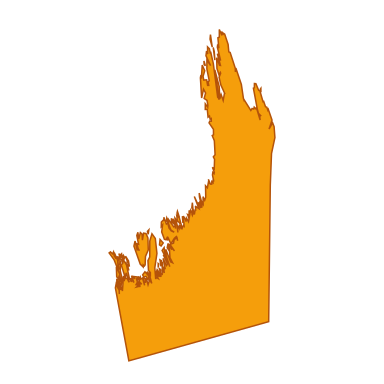 an SVG outline of Qaasuitsup Kommunia, rotated 80°
{"feature_id": "GRL-2743", "entity_name": "Qaasuitsup Kommunia", "entity_type": "state/province", "adm_level": 1, "iso_a3": "GRL", "parent_name": "Greenland", "parent_adm1": "", "projection": "natural_earth1", "projection_center": [-56.716, 74.362], "detail": "fine", "context": "isolated", "style": "filled", "palette": "amber", "viewbox_px": 384, "rotation_deg": 80, "n_neighbors": 0, "source": "natural_earth", "source_scale": "10m", "svg_char_len": 6121}
<svg xmlns="http://www.w3.org/2000/svg" viewBox="0 0 384 384"><g transform="rotate(80 192 192)"><path d="M86.3,157.0L85.4,155.7L73.4,156.0L64.6,154.4L70.8,151.7L60.3,154.6L55.7,153.2L58.9,152.6L51.8,151.5L53.9,150.0L59.0,149.9L57.0,149.3L69.1,148.7L103.7,150.3L102.8,150.0L105.8,149.2L75.7,148.3L93.0,146.9L105.3,148.5L101.0,146.4L107.3,145.4L100.7,143.0L101.3,142.5L91.6,145.0L83.7,145.4L80.1,143.2L79.2,143.3L81.1,145.1L74.7,146.0L64.0,144.4L72.0,142.9L72.3,142.0L60.2,143.0L67.6,141.0L53.8,141.9L52.5,141.5L55.0,140.6L44.6,139.7L44.2,138.2L36.7,136.9L43.0,135.3L39.1,135.0L41.8,133.8L41.2,133.4L42.2,132.4L52.9,130.8L60.4,131.4L61.2,130.2L77.6,127.9L81.3,128.4L77.5,127.3L94.6,124.7L108.5,125.1L111.9,124.7L110.6,124.5L121.9,119.9L120.2,118.3L121.0,116.8L119.2,116.0L121.1,114.7L120.3,113.9L133.0,112.4L129.2,112.2L128.7,111.1L126.0,112.9L121.5,113.3L100.4,113.5L100.2,112.5L96.0,111.7L96.4,110.3L103.5,108.7L103.9,107.6L116.2,106.3L114.5,105.8L120.8,104.8L121.5,103.6L124.6,103.1L123.8,102.5L135.1,100.7L143.4,105.2L137.9,100.6L141.9,99.8L152.8,100.9L167.9,107.0L198.8,113.7L333.0,139.0L347.3,283.5L273.1,284.1L269.4,282.7L272.4,282.1L276.0,280.8L279.9,281.3L275.9,280.7L267.8,282.4L269.0,281.9L264.3,281.1L267.8,281.0L276.1,279.2L270.2,278.2L269.1,279.0L271.8,279.1L265.9,280.4L263.6,278.6L268.0,278.6L267.3,277.2L261.3,277.9L264.1,279.5L262.5,280.9L252.6,279.5L260.9,277.3L245.2,280.5L237.6,284.2L236.8,282.7L239.1,281.0L237.4,279.7L242.1,279.8L239.7,278.7L240.9,278.4L241.6,279.3L243.1,279.3L242.0,279.0L244.6,278.6L241.6,278.2L246.4,277.2L242.2,276.6L254.1,278.0L255.8,277.3L247.9,277.1L243.3,275.1L243.8,274.3L239.9,274.7L241.6,274.2L243.8,274.0L251.4,275.9L247.3,274.4L257.2,276.3L265.2,275.9L272.7,278.3L277.4,277.7L262.7,274.0L268.1,274.2L263.3,273.2L265.8,272.6L265.6,270.9L270.0,269.7L269.1,269.6L260.2,270.9L265.0,272.6L251.3,274.3L250.5,272.7L245.7,273.1L249.6,271.8L241.2,273.0L240.6,272.1L244.0,272.3L251.8,269.5L249.2,269.3L265.7,268.7L267.0,268.4L266.5,266.7L268.9,267.9L269.5,267.0L267.4,266.2L271.1,264.9L264.0,266.1L267.6,263.4L265.1,264.1L266.2,260.5L269.9,260.7L267.2,261.9L271.2,261.4L274.2,263.7L272.8,262.3L274.9,261.5L275.9,263.0L275.8,261.4L270.5,260.6L276.6,259.8L272.9,259.4L274.0,257.5L271.5,259.3L265.7,259.3L268.4,258.3L267.1,257.6L268.8,257.4L268.3,255.7L275.7,254.9L268.2,255.1L269.3,253.0L273.4,253.7L269.0,252.0L275.7,251.4L271.1,249.0L275.0,247.5L263.7,248.5L268.1,247.7L264.1,247.0L261.7,248.5L251.9,247.3L248.6,244.9L233.0,242.1L226.2,238.7L231.4,236.2L246.4,237.2L260.2,241.8L271.5,242.9L269.8,242.3L271.4,240.3L266.4,241.9L262.4,239.8L264.0,239.0L267.5,240.7L269.1,240.2L266.5,238.9L270.0,238.7L265.1,238.6L265.2,237.1L261.2,237.6L263.3,236.4L268.1,237.7L270.2,237.5L267.0,236.4L267.7,235.6L255.4,233.4L263.7,234.3L266.9,233.4L260.6,232.8L263.4,231.7L252.3,232.0L260.0,229.9L258.7,228.6L248.8,231.2L252.0,229.9L252.0,228.6L261.7,226.8L250.1,228.5L243.9,227.8L257.1,225.2L258.3,223.4L252.9,225.1L240.8,223.7L244.8,222.0L244.6,220.9L247.0,219.5L239.7,222.8L239.2,219.1L236.0,217.9L234.2,215.0L237.5,214.6L234.0,214.7L233.1,215.1L234.5,217.4L239.3,221.8L233.7,223.3L235.4,224.7L231.7,223.7L234.5,226.0L233.8,227.4L226.1,228.8L219.3,226.7L220.7,228.3L216.3,227.4L214.5,224.9L215.7,224.7L212.0,224.1L219.1,222.8L218.3,221.3L223.5,220.9L226.7,219.2L228.5,216.5L225.7,219.4L219.0,220.7L215.2,219.8L223.1,216.1L222.3,214.6L225.2,214.5L214.7,213.3L216.8,212.3L229.4,212.9L221.6,212.4L225.7,211.0L223.0,210.2L226.8,208.8L222.5,208.7L226.0,208.0L223.3,206.1L224.0,205.7L214.2,204.7L218.0,203.2L217.0,203.0L220.1,203.1L216.7,202.0L220.6,200.6L210.1,196.7L212.5,196.3L210.4,196.2L211.2,195.1L213.7,195.9L215.0,195.7L211.4,193.8L214.6,193.6L209.5,191.8L211.1,191.6L206.4,191.0L208.7,190.3L207.4,190.3L209.5,188.1L196.8,190.5L207.6,187.7L203.2,187.2L209.4,186.6L202.3,185.8L209.2,185.2L204.4,183.6L205.8,183.1L198.5,181.9L202.3,180.9L199.6,179.4L188.2,177.6L190.5,176.1L185.1,174.1L187.1,172.9L182.3,173.7L187.5,172.4L187.7,171.2L185.2,170.7L186.5,169.7L183.5,169.2L185.5,168.7L178.8,168.9L176.3,168.1L177.8,167.1L176.5,166.6L171.2,167.6L173.1,166.1L163.7,164.1L161.1,164.9L159.3,162.8L145.4,161.1L139.9,162.3L139.4,160.9L134.0,160.0L126.9,163.2L125.3,162.2L125.6,160.7L123.0,160.3L123.4,161.5L120.2,161.6L121.1,163.2L113.3,162.6L113.0,164.6L107.5,163.6L111.2,161.8L109.3,161.3L104.4,161.3L102.0,163.8L96.9,161.4L92.8,162.8L101.1,166.2L81.0,163.9L79.6,163.4L80.7,162.8L68.8,159.9L74.8,158.4L80.0,161.0L83.8,161.0L84.1,158.1L89.7,158.1L89.9,157.0L86.3,157.0ZM254.1,255.5L235.2,258.6L230.4,256.6L240.1,256.1L238.1,255.5L240.7,254.0L235.5,255.8L236.4,255.0L233.4,255.2L234.2,253.7L225.2,253.9L222.3,252.3L229.1,252.6L223.0,249.9L224.8,248.5L230.8,249.2L224.1,246.8L224.9,244.5L229.6,243.4L241.4,245.1L247.4,249.0L255.6,250.8L256.6,251.7L255.3,252.7L257.4,253.1L254.1,255.5ZM264.1,249.2L268.8,249.4L270.4,250.4L267.1,251.9L267.4,254.3L265.0,255.0L262.4,252.2L266.6,249.6L262.6,250.1L264.1,249.2ZM251.2,229.5L244.4,231.6L241.9,229.1L251.2,229.5ZM238.4,233.2L233.2,231.7L237.2,229.2L239.8,231.8L238.4,233.2ZM40.2,146.5L52.8,146.9L44.6,147.7L40.2,146.5ZM217.8,211.4L212.6,211.1L215.2,209.0L222.1,208.3L217.8,211.4ZM57.5,145.7L66.1,146.6L53.3,146.0L57.5,145.7ZM221.6,214.3L217.7,217.3L214.4,217.0L217.1,215.9L215.0,215.4L221.6,214.3ZM242.6,226.1L238.5,224.5L246.4,224.4L242.6,226.1ZM211.3,194.2L207.5,194.9L202.6,193.5L211.3,194.2ZM254.6,266.6L251.4,267.3L243.6,268.6L248.8,266.5L254.6,266.6ZM254.3,234.1L259.8,235.5L253.3,235.3L254.3,234.1ZM205.3,185.2L198.1,185.5L194.3,185.1L203.2,184.3L205.3,185.2ZM214.2,205.7L216.1,205.0L220.9,206.3L214.2,205.7ZM214.8,208.8L210.3,210.5L208.5,209.7L214.8,208.8ZM70.0,156.9L68.6,157.9L65.0,157.5L70.0,156.9ZM213.1,221.3L215.8,220.6L217.4,221.1L215.8,222.2L213.1,221.3ZM242.4,270.6L245.0,269.7L246.6,270.8L244.0,271.7L242.4,270.6ZM209.6,198.0L211.4,197.8L216.5,199.8L213.5,200.2L214.5,199.0L209.6,198.0ZM226.0,242.5L223.0,242.7L221.8,241.1L226.0,242.5ZM251.4,268.3L258.3,267.8L254.9,268.7L251.4,268.3ZM105.7,106.8L102.5,106.8L101.9,106.2L105.7,106.8ZM257.1,237.3L260.6,238.4L256.6,237.7L257.1,237.3Z" fill="#f59e0b" stroke="#b45309" stroke-width="1.5"/></g></svg>